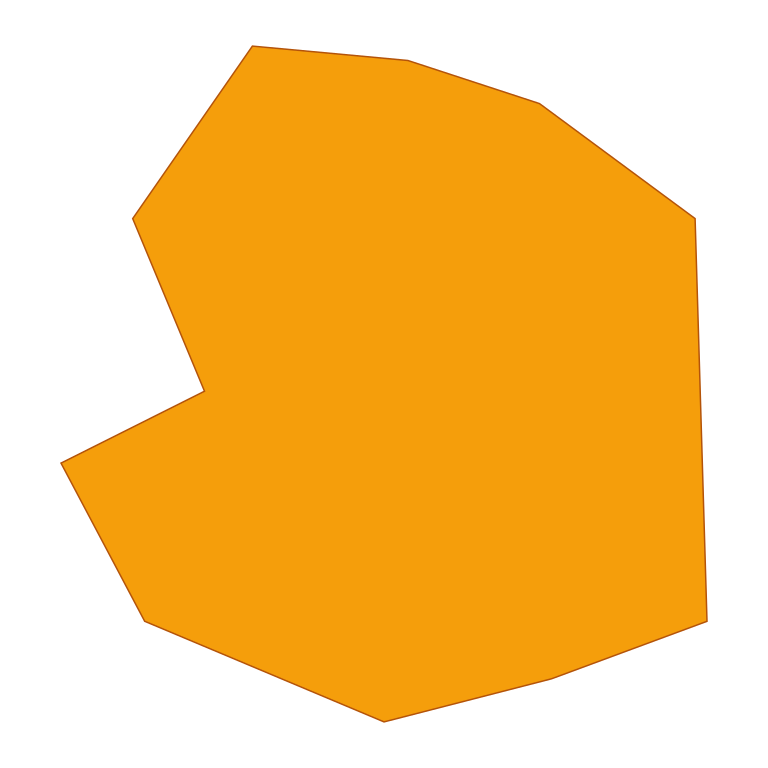 the state/province of Iklin
{"feature_id": "MLT-5931", "entity_name": "Iklin", "entity_type": "state/province", "adm_level": 1, "iso_a3": "MLT", "parent_name": "Malta", "parent_adm1": "", "projection": "robinson", "projection_center": [14.454, 35.906], "detail": "fine", "context": "isolated", "style": "filled", "palette": "amber", "viewbox_px": 768, "rotation_deg": 0, "n_neighbors": 0, "source": "natural_earth", "source_scale": "10m", "svg_char_len": 272}
<svg xmlns="http://www.w3.org/2000/svg" viewBox="0 0 768 768"><path d="M252.4,46.1L407.9,60.5L539.5,103.6L695.1,218.6L707.0,621.3L551.5,678.8L384.0,721.9L144.7,621.3L61.0,463.1L204.5,391.2L132.7,218.6L252.4,46.1Z" fill="#f59e0b" stroke="#b45309" stroke-width="1.5"/></svg>